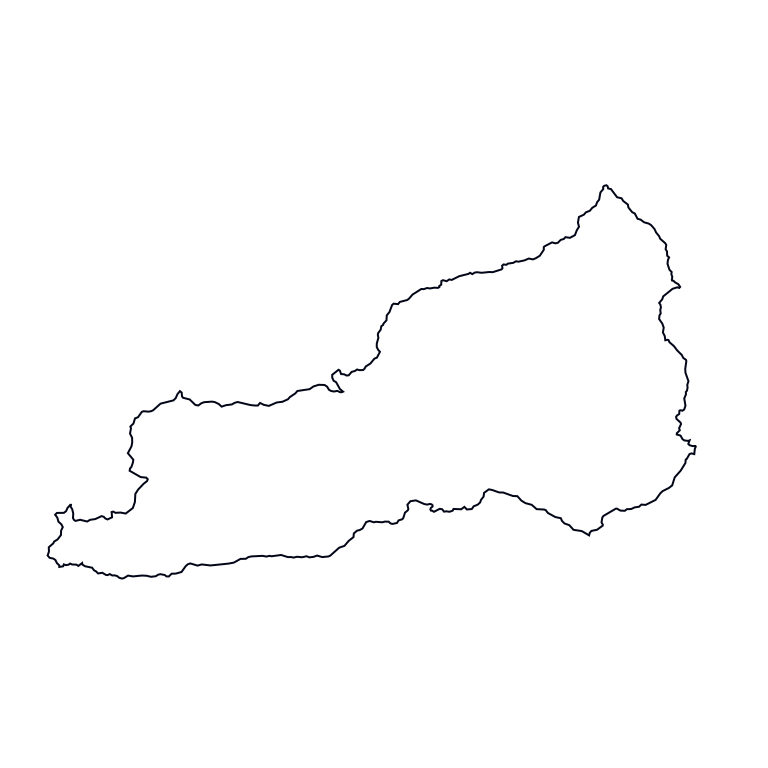 outline of Paruro, Cusco, Peru, rotated 96°
{"feature_id": "86281439B31235431009642", "entity_name": "Paruro", "entity_type": "district", "adm_level": 2, "iso_a3": "PER", "parent_name": "Peru", "parent_adm1": "Cusco", "projection": "natural_earth1", "projection_center": [-71.904, -13.936], "detail": "fine", "context": "isolated", "style": "outline", "palette": "ink", "viewbox_px": 768, "rotation_deg": 96, "n_neighbors": 0, "source": "geoboundaries", "source_scale": "gbopen_adm2", "svg_char_len": 6111}
<svg xmlns="http://www.w3.org/2000/svg" viewBox="0 0 768 768"><g transform="rotate(96 384 384)"><path d="M513.1,164.2L510.4,163.8L508.4,162.3L506.7,156.9L502.0,151.7L501.0,151.7L498.9,153.2L494.0,152.9L492.3,152.0L483.8,140.5L483.6,139.3L485.2,135.6L484.9,131.2L483.1,129.4L482.5,125.1L480.5,121.8L479.4,117.5L477.0,115.4L476.9,111.2L470.9,101.8L463.7,97.7L461.4,95.7L457.6,89.8L454.7,86.8L446.4,85.1L439.2,79.9L431.1,76.0L427.6,76.0L426.9,75.1L421.7,72.8L420.9,71.0L421.3,68.1L416.0,68.1L413.7,67.4L413.1,67.8L413.5,70.6L412.9,73.7L411.8,75.1L408.1,74.2L408.8,75.6L408.7,79.5L407.6,81.4L404.3,83.7L403.6,87.6L402.3,87.6L399.1,85.0L397.2,85.9L392.8,84.4L391.4,85.0L388.2,89.4L386.2,90.1L384.8,89.4L383.0,87.3L379.6,87.4L379.1,86.3L379.4,84.5L378.0,82.8L374.1,81.9L367.0,83.9L362.7,82.6L360.4,83.0L359.0,82.0L355.8,81.7L353.2,82.3L349.4,81.5L341.2,85.4L337.4,86.0L329.6,85.7L328.4,86.2L326.8,89.1L324.0,90.9L319.9,96.0L316.1,99.5L312.5,104.6L310.6,105.6L310.4,106.7L311.1,108.8L307.0,109.8L303.6,112.0L298.7,111.7L294.9,113.5L290.6,117.2L286.9,117.2L284.9,116.2L281.5,117.0L278.9,116.6L276.2,117.4L274.6,118.8L270.6,116.1L267.7,115.5L259.2,107.0L257.2,102.5L257.6,100.4L256.5,99.6L253.9,101.8L252.6,105.0L251.1,106.9L251.1,108.2L250.5,108.6L247.3,108.5L244.7,109.7L242.6,109.6L240.6,112.0L234.9,114.6L231.1,114.6L228.3,113.7L226.8,115.8L222.6,116.4L220.5,118.0L216.2,117.8L214.5,119.1L210.7,124.5L208.3,125.8L204.9,129.2L201.6,131.2L198.1,134.9L196.8,137.5L196.0,142.2L193.7,146.0L193.2,149.1L188.2,152.4L187.2,155.1L182.9,159.4L180.1,160.2L177.0,165.2L174.5,167.1L173.9,171.7L166.4,178.7L166.1,181.5L163.8,182.4L163.1,183.6L163.9,185.8L165.2,186.7L167.2,186.3L170.9,188.8L178.2,189.3L181.0,191.1L184.4,191.9L186.9,195.2L190.2,197.4L192.2,201.2L194.7,202.9L197.5,207.6L203.2,208.0L207.2,206.5L210.9,208.3L216.0,209.7L219.2,214.4L219.0,218.9L221.0,220.4L222.2,223.3L225.4,225.9L226.2,228.3L225.6,231.7L230.5,239.0L231.3,239.4L233.8,239.1L240.2,242.5L243.0,246.1L244.5,248.9L244.1,253.1L246.4,257.3L248.3,263.1L248.2,265.7L250.0,268.1L251.3,273.3L252.7,274.8L252.6,277.6L254.0,278.9L256.6,278.3L257.7,279.0L261.4,287.5L261.6,290.9L263.2,298.6L263.1,303.1L263.7,305.4L265.5,307.7L264.4,310.0L265.7,311.6L268.9,320.4L273.4,327.5L273.2,330.1L275.2,332.4L274.6,336.2L275.6,337.7L279.3,337.5L280.8,339.3L281.9,339.1L282.8,340.5L282.9,343.9L284.2,348.4L284.0,351.1L285.5,354.4L285.6,356.8L292.0,364.9L296.7,368.2L298.1,369.8L300.7,376.8L303.1,378.4L303.1,382.8L304.6,384.2L311.9,386.1L315.4,388.4L320.4,388.2L324.1,390.9L325.3,391.0L326.8,392.7L330.4,393.0L333.9,395.1L335.6,395.3L338.7,394.4L344.4,395.4L347.9,395.1L350.5,393.5L352.4,391.4L358.5,393.8L359.8,396.2L365.1,399.7L368.5,404.0L371.1,405.1L372.3,406.3L372.8,409.9L372.4,412.3L374.1,414.3L375.3,417.4L379.0,420.0L379.5,422.0L378.5,424.7L378.6,427.7L375.3,429.3L374.6,430.7L380.3,436.5L383.2,436.1L386.1,434.4L387.1,431.9L393.6,427.3L395.9,423.9L396.5,425.0L396.8,426.6L395.7,429.8L396.7,432.9L396.5,435.8L395.5,438.1L392.6,440.3L391.2,443.0L391.6,448.8L393.8,453.9L396.9,457.4L400.0,469.4L402.6,471.2L406.9,476.3L409.2,477.9L412.3,483.2L413.6,488.8L417.8,496.2L417.3,501.3L415.8,505.3L418.6,507.2L418.9,509.9L418.9,514.6L417.2,527.7L418.4,530.7L420.2,533.1L421.6,539.0L423.5,543.1L421.2,546.2L419.7,550.3L419.5,553.2L420.9,561.0L422.2,563.6L424.8,566.5L424.5,569.5L419.7,575.6L418.7,582.4L417.4,583.6L413.7,584.3L412.4,586.2L415.8,588.4L419.7,589.6L422.3,591.7L426.9,604.2L434.3,610.9L435.3,612.6L436.1,615.1L436.2,620.3L437.1,622.0L442.8,625.2L444.2,628.0L449.6,629.1L452.8,631.8L454.4,631.0L459.9,631.4L463.8,628.9L468.5,628.3L472.3,628.6L479.6,631.5L485.5,625.4L488.5,625.5L493.0,626.6L494.6,627.8L496.9,627.9L502.0,616.3L502.0,610.6L503.4,609.0L505.3,609.5L508.3,612.6L514.7,617.5L519.3,619.8L527.4,619.4L533.6,620.8L539.8,627.3L539.4,632.8L540.2,637.6L539.2,639.9L539.8,641.5L545.0,640.5L547.6,644.8L546.8,647.2L545.4,648.8L544.9,651.0L548.5,657.0L549.8,662.1L551.8,664.8L550.8,672.0L552.4,676.5L551.6,678.1L549.8,679.3L545.3,679.5L541.1,681.0L538.8,682.8L536.9,682.7L536.9,683.3L540.3,685.8L543.7,686.9L545.6,688.9L546.4,695.8L548.4,697.4L551.1,694.9L554.9,693.4L557.4,690.1L559.9,688.5L563.5,689.8L568.0,689.5L572.6,692.3L575.2,695.6L577.0,696.2L581.4,700.3L585.7,699.7L589.7,700.6L591.8,698.4L592.2,694.6L593.4,692.4L596.3,690.6L598.3,688.0L599.9,687.8L598.8,684.0L596.9,683.6L597.4,681.4L596.6,678.7L595.4,677.4L596.1,675.4L595.8,670.9L596.9,669.0L593.6,665.5L595.1,665.1L596.5,662.2L597.2,655.1L599.6,652.9L600.4,650.9L602.3,648.5L601.2,644.4L603.0,640.4L602.9,638.8L601.7,636.9L602.8,634.3L602.5,631.6L602.9,629.3L604.4,627.0L604.9,624.3L604.3,622.5L601.3,618.5L601.6,613.5L599.8,604.8L599.5,600.0L600.1,595.6L599.0,590.8L597.3,588.8L596.5,586.4L596.9,582.0L598.1,580.3L597.9,577.9L594.9,575.4L594.3,571.2L592.1,565.7L585.9,562.2L583.9,560.4L582.7,557.9L584.1,550.4L582.5,546.4L582.6,537.6L578.9,520.0L577.3,514.6L572.9,508.4L572.3,503.2L570.3,500.8L569.3,497.7L567.6,486.7L567.9,482.9L566.8,479.7L567.1,477.9L564.8,468.5L566.2,461.5L565.8,458.1L566.1,455.9L564.9,452.4L564.9,447.5L563.4,443.0L564.2,440.1L563.3,436.1L561.6,432.5L562.6,427.4L561.3,421.2L560.3,419.5L551.5,411.5L549.1,406.4L543.7,402.7L539.4,398.3L535.8,398.4L532.6,395.4L531.9,393.1L530.0,390.3L523.2,387.3L521.7,384.0L522.6,379.6L521.9,377.8L521.7,371.2L520.8,368.9L520.4,365.0L521.9,363.1L522.3,361.1L520.9,356.6L518.1,355.2L516.6,351.7L515.3,350.8L509.8,349.7L507.1,347.1L505.8,346.7L501.6,348.1L497.8,345.5L496.4,340.1L499.2,331.3L499.4,328.4L498.5,325.9L498.7,324.1L499.6,323.0L500.8,322.9L502.3,324.4L503.8,324.8L505.0,324.1L505.0,322.7L505.9,321.0L502.3,315.5L502.5,313.1L504.7,310.9L504.1,308.8L504.2,305.4L502.8,302.5L501.0,301.8L500.5,294.1L497.8,291.2L500.1,288.5L499.3,284.1L498.9,283.4L496.3,282.1L494.2,278.2L491.7,276.0L489.1,275.4L485.6,273.2L481.8,273.1L477.8,268.7L478.1,265.2L479.8,258.3L479.5,254.0L481.9,244.1L481.6,239.7L485.6,235.2L487.7,230.9L488.7,224.5L492.5,219.1L492.1,211.5L492.6,209.9L495.1,207.6L498.4,199.7L499.0,194.1L501.4,192.8L503.8,190.0L505.0,185.0L509.2,180.3L509.6,171.9L513.1,164.2Z" fill="none" stroke="#020617" stroke-width="2"/></g></svg>